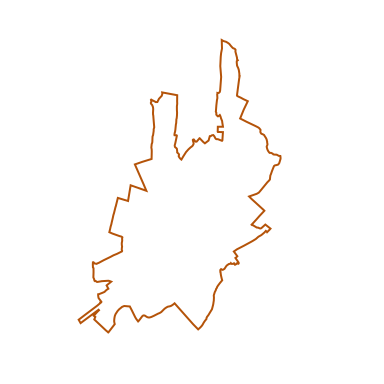 Barlad, Vaslui, Romania, rotated 12°
{"feature_id": "2599482B4084623098698", "entity_name": "Barlad", "entity_type": "district", "adm_level": 2, "iso_a3": "ROU", "parent_name": "Romania", "parent_adm1": "Vaslui", "projection": "albers", "projection_center": [27.671, 46.233], "detail": "fine", "context": "isolated", "style": "outline", "palette": "amber", "viewbox_px": 384, "rotation_deg": 12, "n_neighbors": 0, "source": "geoboundaries", "source_scale": "gbopen_adm2", "svg_char_len": 6066}
<svg xmlns="http://www.w3.org/2000/svg" viewBox="0 0 384 384"><g transform="rotate(12 192 192)"><path d="M239.9,272.1L239.1,270.6L237.7,267.6L237.2,266.3L236.5,264.2L236.3,264.2L236.1,263.3L235.9,262.5L236.5,261.4L237.7,261.8L238.3,261.7L239.7,260.5L240.9,257.4L241.5,256.4L243.0,254.8L244.6,254.1L244.8,253.5L245.6,254.1L247.3,253.7L247.9,253.0L249.2,254.2L250.5,253.1L250.5,252.6L251.5,251.9L252.2,252.5L252.5,252.2L252.3,251.4L251.4,250.5L248.2,247.5L248.7,247.0L249.7,245.4L245.3,241.5L247.9,238.7L253.9,233.8L260.0,228.6L261.8,227.0L264.2,224.7L266.3,221.9L268.7,219.8L269.2,219.2L271.3,216.5L272.3,214.7L273.4,215.3L273.8,215.7L275.8,212.6L276.4,211.5L270.5,208.6L267.3,213.0L266.6,213.4L266.2,213.5L265.4,213.4L264.0,213.1L262.9,213.3L262.4,213.2L261.3,212.8L258.7,211.9L258.3,211.8L257.6,211.9L257.1,211.6L260.7,205.5L263.0,201.4L266.7,195.3L266.0,194.8L251.5,186.3L248.8,184.5L255.7,180.3L257.5,178.7L258.8,176.3L263.7,166.8L264.8,165.1L265.6,163.6L265.2,159.6L265.5,158.1L265.9,154.8L266.8,149.6L267.6,148.7L269.3,148.0L270.6,147.2L271.3,145.7L271.5,143.7L271.7,141.1L271.3,139.4L270.9,138.4L269.4,138.6L267.1,137.9L264.5,138.3L263.7,138.3L262.9,137.7L261.7,137.4L261.0,137.3L259.8,137.6L259.2,137.2L258.2,136.3L257.4,135.4L256.6,134.2L255.9,132.8L255.6,132.0L255.9,130.4L255.9,129.5L255.3,128.2L255.0,127.0L254.6,126.3L254.3,125.5L253.8,124.7L253.1,123.8L251.4,122.1L250.7,121.3L249.2,120.8L247.8,120.6L247.6,120.5L247.2,120.1L246.6,119.5L246.4,118.9L246.2,118.2L246.2,117.5L246.1,117.1L246.0,116.8L245.5,116.4L244.9,116.0L244.5,115.6L243.1,115.0L240.1,114.2L230.9,112.0L223.8,110.1L225.5,100.6L227.7,91.6L222.7,90.4L220.1,89.6L217.4,89.0L216.2,88.6L215.9,88.1L215.3,80.5L214.6,71.6L214.5,68.7L214.2,68.7L213.8,66.8L213.6,66.1L212.5,63.1L211.8,61.8L211.1,60.7L210.4,59.9L209.7,58.8L209.5,58.1L209.0,56.6L208.7,55.4L208.6,54.6L208.8,54.3L209.4,53.6L208.5,52.8L208.1,51.3L205.3,45.7L205.0,43.8L204.4,43.3L203.7,43.0L202.3,42.8L201.4,42.3L199.5,40.9L197.7,39.4L195.9,38.6L194.1,38.0L191.3,37.8L189.5,37.2L191.5,45.4L191.6,50.1L192.0,53.8L193.5,63.0L196.6,73.4L198.4,86.7L198.4,88.3L197.6,89.5L196.9,89.8L196.3,89.8L196.5,90.4L196.3,91.1L197.3,94.9L197.3,96.9L197.8,102.1L198.6,108.1L198.6,108.5L199.3,109.4L199.7,111.3L201.4,112.6L202.1,112.4L203.2,110.9L203.5,111.2L204.4,112.6L205.0,113.8L206.7,116.3L207.2,117.8L208.1,120.1L208.7,121.7L203.7,122.8L204.6,127.7L204.8,127.9L209.8,127.0L210.8,133.9L211.0,134.9L210.9,135.4L210.7,135.7L206.6,135.0L206.0,135.0L205.3,135.2L204.7,135.2L204.2,135.0L203.7,134.6L202.2,132.8L201.0,131.9L199.7,132.4L198.6,133.5L197.8,133.7L197.5,138.2L194.5,141.7L192.7,140.8L188.3,137.8L188.2,137.8L187.8,138.6L186.1,141.7L185.7,141.9L185.1,142.0L184.4,141.6L183.7,141.0L183.0,140.3L182.5,140.3L182.2,140.5L182.0,140.8L182.1,141.3L182.5,142.1L183.3,143.6L183.5,144.2L183.5,145.0L183.3,145.7L182.9,146.8L182.3,147.6L181.3,148.7L179.6,151.1L178.6,152.9L177.9,154.1L176.0,159.2L174.9,162.5L174.4,162.3L173.2,161.5L172.4,160.8L171.6,159.9L171.5,159.6L171.6,158.3L171.4,158.0L171.1,157.5L169.4,156.5L169.2,156.2L169.1,155.4L168.3,153.1L168.1,152.7L167.3,152.2L166.1,151.6L165.9,151.3L165.5,150.4L165.4,149.8L165.5,147.8L165.5,145.8L165.5,144.1L165.5,143.2L165.5,140.2L165.4,139.9L165.1,139.7L163.3,140.1L163.1,140.1L162.9,139.6L162.8,137.8L162.9,136.8L162.8,134.7L162.2,129.4L162.2,127.8L161.6,124.1L161.7,123.1L161.4,120.4L160.9,117.5L160.2,115.0L159.4,111.3L159.2,108.8L158.6,106.4L157.4,100.4L142.1,100.8L142.2,101.1L142.6,101.9L142.4,104.2L140.3,107.7L139.4,111.2L137.8,111.6L136.8,111.2L134.1,110.5L132.9,110.1L132.7,110.4L133.3,111.7L133.5,112.1L133.2,113.2L133.3,113.7L133.6,114.2L134.7,115.0L135.1,115.4L136.2,117.1L136.4,117.7L136.8,118.9L137.4,122.7L137.8,124.3L138.3,125.5L138.7,126.9L139.2,128.6L140.1,131.6L141.0,134.6L141.4,135.9L141.6,136.7L141.5,137.9L141.5,138.8L141.8,140.2L141.9,141.5L142.1,144.6L141.9,145.6L141.9,146.2L142.8,151.4L142.8,152.3L142.6,153.5L143.0,157.0L143.7,158.7L144.2,160.7L145.6,168.1L137.0,172.9L130.4,176.9L143.1,194.6L147.1,200.3L130.6,198.2L131.3,214.1L120.7,213.2L120.4,222.2L120.3,222.5L120.1,228.8L119.9,231.0L119.9,234.1L119.8,238.4L119.8,240.4L119.6,242.8L119.6,245.3L119.5,248.5L122.8,249.2L130.3,250.2L132.1,250.3L132.8,250.5L133.3,250.8L133.3,251.1L133.3,252.1L133.8,253.9L133.9,255.1L133.9,256.4L134.1,257.4L134.4,258.5L135.0,260.1L135.0,261.1L135.3,263.1L135.9,264.1L135.8,264.7L131.5,268.1L128.4,270.2L125.8,272.4L119.9,277.0L115.4,280.8L114.1,281.6L113.7,282.1L112.5,282.1L111.8,282.2L111.4,282.1L110.6,281.4L110.2,281.2L109.7,281.4L110.1,283.7L110.8,286.4L111.5,287.0L112.4,291.1L113.3,296.1L114.4,297.6L114.5,298.0L115.1,299.1L115.5,299.3L115.8,299.0L116.3,299.1L117.6,299.7L118.3,299.6L120.5,298.7L121.6,298.3L121.9,298.1L125.4,297.1L128.7,296.2L129.7,296.2L131.6,296.5L127.9,301.1L130.3,304.0L128.7,305.6L127.2,307.9L125.4,309.2L122.2,311.3L121.5,311.5L121.6,312.3L122.2,314.1L122.7,315.2L125.8,317.9L126.1,318.2L125.4,318.9L125.8,319.2L123.0,322.8L113.1,334.2L107.7,340.5L110.3,343.4L125.1,326.6L125.6,327.0L124.9,328.0L123.4,330.4L121.7,333.5L123.4,334.3L122.9,337.0L131.5,342.2L136.6,345.3L138.3,346.2L139.3,346.8L139.4,346.7L143.9,337.3L143.3,336.1L142.7,334.5L142.6,333.8L142.4,332.4L142.3,330.7L142.3,329.2L142.6,327.4L143.9,324.0L144.4,323.1L145.3,321.6L146.0,320.8L147.5,318.9L149.4,317.6L155.0,316.9L155.3,317.3L157.7,320.2L159.5,322.5L162.5,326.3L163.8,327.7L166.2,329.8L166.8,328.9L167.8,326.8L169.2,323.8L169.9,323.0L170.6,322.7L171.1,322.7L171.9,322.8L172.5,323.1L174.2,323.7L175.5,323.8L176.7,323.5L178.2,322.7L180.5,321.0L184.3,317.9L185.4,317.2L186.9,315.8L188.9,312.7L189.6,311.7L191.0,310.2L192.2,309.2L194.3,308.3L195.5,307.5L197.1,305.8L198.1,304.5L220.6,321.1L226.6,325.1L228.4,322.6L229.6,320.5L230.2,318.8L230.6,317.4L231.5,315.2L232.5,313.3L232.4,312.2L232.7,310.9L233.6,309.1L234.5,306.5L235.9,302.5L236.1,298.3L236.1,297.0L236.0,295.8L235.9,293.7L235.4,290.7L234.8,288.6L235.1,285.1L235.4,284.1L235.7,282.9L235.7,282.0L236.3,280.4L236.3,279.7L236.6,278.9L237.0,277.9L238.2,275.3L239.9,272.1Z" fill="none" stroke="#b45309" stroke-width="2"/></g></svg>